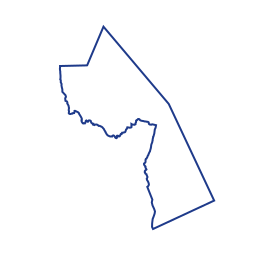 the district of Nkimi, Centro Sur, Equatorial Guinea, rotated 155°
{"feature_id": "11065452B74289865102960", "entity_name": "Nkimi", "entity_type": "district", "adm_level": 2, "iso_a3": "GNQ", "parent_name": "Equatorial Guinea", "parent_adm1": "Centro Sur", "projection": "equal_earth", "projection_center": [10.486, 1.923], "detail": "fine", "context": "isolated", "style": "outline", "palette": "blue", "viewbox_px": 256, "rotation_deg": 155, "n_neighbors": 0, "source": "geoboundaries", "source_scale": "gbopen_adm2", "svg_char_len": 4874}
<svg xmlns="http://www.w3.org/2000/svg" viewBox="0 0 256 256"><g transform="rotate(155 128 128)"><path d="M146.1,127.0L145.5,127.3L145.2,127.5L144.9,127.5L144.6,127.5L144.3,127.4L144.0,127.0L143.8,126.5L143.6,125.4L143.6,124.8L143.3,124.1L142.8,123.7L142.5,123.8L142.1,123.9L142.0,124.4L141.8,125.1L141.6,125.4L141.3,125.6L141.0,125.6L140.8,125.3L140.6,125.0L140.4,124.7L140.0,124.8L139.7,124.2L139.2,124.0L138.9,124.1L137.2,125.5L137.0,125.3L136.6,125.2L136.3,125.2L136.1,125.4L135.9,125.7L135.7,126.0L135.3,126.2L135.0,126.0L134.9,126.0L134.5,125.8L134.4,125.8L133.7,125.8L133.3,125.6L133.2,125.6L132.5,125.5L132.2,125.6L131.8,125.9L131.7,126.0L130.6,127.2L130.3,127.5L129.7,127.6L129.0,128.0L128.9,128.1L128.6,128.6L128.4,128.9L128.1,128.8L127.8,128.6L127.6,128.4L127.2,128.2L126.6,127.7L125.9,127.4L124.9,127.2L124.7,127.2L124.4,127.4L124.3,127.7L124.2,127.8L123.9,128.7L123.4,129.7L123.2,130.2L122.7,129.5L122.5,129.3L122.1,128.9L121.3,128.6L120.8,128.2L120.6,128.2L120.1,128.2L119.9,128.2L119.9,128.3L119.7,128.4L119.7,128.5L119.4,128.9L119.2,129.2L118.9,129.3L118.7,129.4L118.6,129.5L117.9,130.4L117.9,130.5L117.6,131.2L117.5,131.3L117.2,131.3L116.7,131.5L116.4,131.5L116.4,131.4L116.2,131.4L116.1,131.5L115.4,131.7L115.0,131.9L114.8,131.8L114.4,131.5L114.0,131.2L113.9,130.8L113.8,130.2L113.7,130.0L113.7,129.9L113.2,129.3L113.1,129.2L112.1,128.4L111.4,128.0L110.1,126.9L109.0,126.3L108.2,125.6L107.4,125.2L107.0,124.7L106.9,124.5L106.9,124.3L107.2,123.3L107.2,123.1L107.3,123.0L107.3,122.9L107.2,122.7L107.0,122.2L106.9,122.2L106.4,121.8L106.1,121.5L106.0,121.4L105.5,121.2L105.3,121.1L104.9,121.2L104.6,121.0L104.3,121.0L101.4,118.7L102.5,117.1L103.5,116.0L104.1,115.6L104.3,115.4L106.5,111.9L107.4,110.9L108.3,109.8L108.8,109.5L108.9,109.3L109.0,109.3L109.4,108.6L110.4,107.4L110.5,107.2L110.8,106.5L111.2,106.0L111.3,106.0L111.4,105.9L111.8,105.2L112.2,104.7L113.4,103.6L114.1,102.8L114.5,102.2L115.0,101.3L116.0,99.9L116.9,98.9L117.5,98.2L117.9,97.6L118.5,97.2L119.1,96.8L119.5,96.4L120.2,95.8L120.6,95.4L120.9,95.0L121.7,94.6L121.8,94.5L122.4,93.9L122.7,93.6L123.1,93.2L123.7,92.9L124.1,92.5L124.5,92.4L124.9,92.4L125.0,92.3L125.3,92.1L125.7,91.4L125.9,91.0L126.0,90.9L126.2,90.3L126.4,90.0L126.8,89.5L127.2,89.3L127.6,89.2L128.4,89.0L128.5,89.0L128.6,88.9L128.7,88.7L128.8,88.5L128.8,88.4L128.9,87.4L128.8,87.2L128.7,86.5L128.6,86.4L128.4,85.8L128.4,85.7L128.6,85.5L128.6,85.4L128.9,84.9L128.9,84.7L128.9,84.4L128.8,83.7L128.8,82.9L128.8,82.6L129.0,82.5L129.6,82.4L129.9,82.4L130.0,82.3L130.9,81.9L131.0,81.8L131.1,81.7L131.4,80.5L131.4,80.4L131.5,80.4L131.5,79.8L131.5,79.7L131.5,79.4L131.4,79.3L131.0,78.4L130.9,78.3L130.8,78.2L131.0,77.5L131.0,77.3L131.0,77.2L131.0,76.3L131.0,75.6L131.1,75.3L132.0,74.4L132.4,73.8L132.5,73.8L132.5,73.6L132.6,73.4L132.7,72.8L132.7,72.6L132.7,72.4L132.6,72.0L132.5,71.2L132.5,70.7L132.6,69.4L132.8,68.4L133.1,67.7L133.7,67.2L134.5,66.7L135.4,66.5L136.2,52.8L137.9,50.5L138.5,47.4L138.5,43.8L138.8,41.0L140.1,39.1L142.3,36.8L144.1,35.1L146.4,31.4L147.7,28.8L148.0,28.3L148.0,25.9L80.6,25.8L80.9,132.6L107.4,230.2L138.5,202.1L139.2,202.3L163.4,212.9L163.8,212.0L164.1,211.4L164.5,210.8L164.8,210.2L165.1,209.3L165.4,208.3L165.7,207.3L166.1,206.7L166.3,206.0L167.1,203.8L168.2,201.5L168.6,201.1L168.9,200.6L168.7,200.0L169.0,199.0L169.6,198.0L169.6,196.8L169.6,195.9L170.2,195.0L170.5,193.9L170.8,192.8L171.0,191.6L171.2,190.7L171.7,189.6L172.2,188.5L171.0,184.8L170.8,184.2L171.0,182.6L171.2,182.3L171.9,181.9L172.1,181.7L172.4,181.4L172.5,181.1L173.1,179.4L173.2,179.0L173.0,178.8L172.8,178.6L172.2,178.0L172.1,177.4L172.1,177.1L172.3,176.4L172.7,175.8L172.6,175.5L172.5,174.3L172.5,173.1L172.8,172.2L173.0,171.0L173.7,170.1L174.3,168.9L174.3,168.4L174.4,168.0L174.8,167.4L175.2,166.8L175.4,166.5L175.3,165.9L174.7,165.2L174.3,165.0L173.9,164.9L173.4,164.9L172.9,164.9L172.6,164.7L172.2,164.5L171.6,164.8L171.2,164.6L170.8,164.4L170.5,164.3L170.1,164.7L169.4,165.6L169.2,166.1L168.8,166.0L168.2,165.3L167.7,164.7L167.4,164.3L166.8,163.7L166.2,162.3L166.3,161.5L166.3,160.9L166.1,159.7L165.9,157.4L165.9,157.0L165.9,156.6L165.9,156.1L166.5,154.7L166.9,154.7L167.1,154.1L167.3,153.3L167.0,151.4L166.6,151.0L166.0,151.1L165.6,150.8L165.2,150.4L164.4,150.8L163.8,151.5L163.6,151.9L163.3,152.2L162.9,152.4L162.5,152.4L162.3,152.1L162.2,151.7L162.1,151.2L161.9,150.7L161.6,150.6L161.1,151.0L160.7,151.2L160.3,151.4L160.0,151.3L159.3,150.9L158.8,150.2L158.9,149.8L159.0,148.3L158.9,148.0L158.7,147.8L158.3,146.8L158.3,145.8L158.2,145.7L157.5,146.0L157.5,145.4L157.2,144.9L156.7,145.0L156.2,144.9L155.1,144.5L154.2,143.7L154.1,143.2L153.6,142.2L152.7,141.9L152.0,140.9L151.5,140.5L150.9,139.4L150.7,138.5L150.3,137.3L150.3,135.6L150.0,134.2L150.2,133.6L150.0,132.4L150.0,131.6L149.7,130.5L149.6,130.0L149.2,129.5L148.4,128.5L147.7,127.8L146.7,127.5L146.4,127.3L146.1,127.0Z" fill="none" stroke="#1e3a8a" stroke-width="2"/></g></svg>